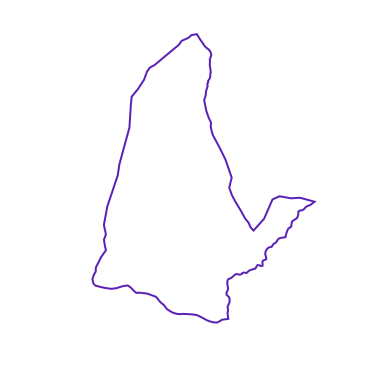 Bapisa, Wangdi Phodrang, Bhutan, rotated 125°
{"feature_id": "84629894B48304633314853", "entity_name": "Bapisa", "entity_type": "district", "adm_level": 2, "iso_a3": "BTN", "parent_name": "Bhutan", "parent_adm1": "Wangdi Phodrang", "projection": "mercator", "projection_center": [89.856, 27.504], "detail": "fine", "context": "isolated", "style": "outline", "palette": "violet", "viewbox_px": 384, "rotation_deg": 125, "n_neighbors": 0, "source": "geoboundaries", "source_scale": "gbopen_adm2", "svg_char_len": 2462}
<svg xmlns="http://www.w3.org/2000/svg" viewBox="0 0 384 384"><g transform="rotate(125 192 192)"><path d="M185.8,94.4L183.2,94.3L180.7,94.3L179.5,93.6L177.3,91.6L175.5,89.6L171.7,91.0L168.7,91.8L167.0,92.1L165.0,91.5L163.6,90.8L160.3,92.6L158.3,93.1L153.5,91.1L151.6,91.3L149.6,92.0L147.2,93.6L145.5,93.2L143.9,91.4L142.1,90.5L138.9,90.1L137.0,89.2L135.5,88.1L134.3,87.5L132.5,86.9L129.7,86.1L134.8,100.3L140.4,107.3L145.3,117.9L151.9,121.8L172.6,117.6L188.3,119.5L187.4,123.6L184.6,128.3L183.2,133.4L179.5,140.8L175.0,151.0L171.7,157.5L167.1,164.0L157.5,167.7L152.4,174.7L146.4,183.0L140.9,192.8L133.2,207.9L130.9,210.7L127.9,214.0L124.2,216.3L121.6,220.9L117.2,227.0L109.8,234.7L104.5,236.4L102.4,237.8L100.7,238.6L99.4,238.9L97.3,239.6L96.1,240.1L94.5,241.6L93.0,241.6L91.9,242.5L88.7,242.6L87.0,243.3L85.4,244.4L83.5,245.1L80.5,247.6L79.1,249.2L77.0,250.8L74.8,252.1L73.5,253.3L71.2,254.0L68.8,254.7L67.1,256.6L66.3,257.9L65.7,260.3L65.6,262.8L65.2,265.3L63.6,269.3L62.2,273.3L59.9,278.6L63.6,282.3L68.1,283.5L74.1,287.2L79.0,287.2L97.3,292.2L109.5,295.5L114.4,297.9L119.2,297.9L127.4,295.7L138.7,295.3L148.5,296.1L155.8,292.0L175.3,280.1L176.8,279.6L197.8,272.1L211.4,267.2L217.1,264.3L221.2,262.3L252.4,253.1L269.5,245.3L276.0,238.3L281.7,236.7L286.5,232.0L289.0,229.1L293.0,229.1L297.7,229.1L301.7,228.5L305.6,227.9L307.4,227.7L309.3,227.3L312.5,225.2L315.6,225.0L317.6,224.5L320.6,223.5L322.3,221.7L323.5,220.2L324.1,217.6L322.3,212.6L320.6,208.5L318.5,204.3L317.8,202.8L314.2,198.8L310.9,196.3L308.2,194.1L305.4,191.0L305.4,187.5L306.5,181.6L306.5,179.6L304.7,177.5L300.9,170.4L298.5,161.4L300.3,155.0L300.9,149.5L302.3,145.3L302.1,140.2L301.5,137.3L300.3,134.1L298.6,131.2L297.3,129.9L294.8,126.0L292.4,122.0L290.5,118.6L289.7,115.9L289.1,111.6L288.5,106.2L287.6,102.7L286.4,99.5L284.6,96.6L282.1,95.2L279.5,94.2L276.2,90.7L275.1,89.5L272.1,92.3L270.6,93.6L268.1,94.6L266.8,96.0L265.0,97.3L262.2,97.6L260.3,98.3L258.4,99.6L257.1,100.9L256.7,102.6L256.3,104.8L254.6,106.1L251.6,106.5L250.3,107.1L247.1,110.3L245.0,111.8L242.9,112.4L240.1,110.7L238.4,110.1L234.8,109.3L233.6,108.5L232.4,105.5L230.8,104.2L229.4,104.3L228.4,103.5L227.1,100.9L223.7,100.1L221.7,98.9L218.7,96.4L217.4,96.2L216.2,96.4L214.3,96.4L213.4,94.9L213.2,93.4L212.1,91.9L210.8,92.6L208.9,94.3L207.2,94.3L204.5,92.6L202.9,93.9L201.4,95.8L200.1,96.9L198.5,97.6L195.7,97.9L193.1,97.2L191.6,95.5L190.3,95.3L187.8,95.5L185.8,94.4Z" fill="none" stroke="#5b21b6" stroke-width="2"/></g></svg>